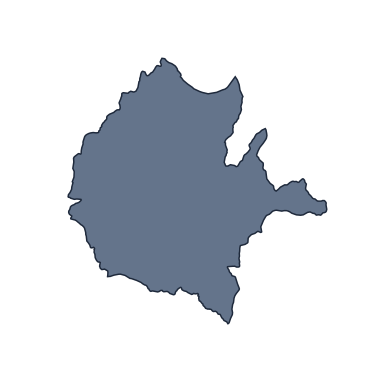 the district of Solok Selatan, Sumatera Barat, Indonesia, rotated 71°
{"feature_id": "22746128B25846553351835", "entity_name": "Solok Selatan", "entity_type": "district", "adm_level": 2, "iso_a3": "IDN", "parent_name": "Indonesia", "parent_adm1": "Sumatera Barat", "projection": "albers", "projection_center": [101.284, -1.364], "detail": "fine", "context": "isolated", "style": "filled", "palette": "slate", "viewbox_px": 384, "rotation_deg": 71, "n_neighbors": 0, "source": "geoboundaries", "source_scale": "gbopen_adm2", "svg_char_len": 6023}
<svg xmlns="http://www.w3.org/2000/svg" viewBox="0 0 384 384"><g transform="rotate(71 192 192)"><path d="M155.9,102.1L156.3,105.8L157.7,108.9L158.1,111.8L158.8,113.1L161.5,116.0L162.6,117.9L164.5,119.9L165.5,122.0L166.2,122.7L167.1,122.9L169.6,122.7L170.7,123.4L172.5,126.1L173.7,128.8L173.9,130.0L174.6,131.1L178.5,134.0L179.0,136.4L182.4,140.3L182.5,141.5L182.1,142.3L180.9,143.0L178.7,146.8L179.1,149.4L178.9,150.6L178.4,151.5L176.8,151.8L176.5,151.7L174.4,151.9L169.6,149.2L168.6,147.9L167.3,147.2L166.2,146.0L164.9,145.8L163.7,145.0L158.6,145.1L156.5,144.4L155.7,145.0L153.5,143.0L152.1,139.9L151.4,137.2L149.3,134.0L148.7,133.6L147.8,133.5L145.2,132.7L144.3,132.0L142.5,131.7L140.3,128.7L140.1,127.3L138.0,125.2L137.8,124.2L135.4,123.1L134.5,122.4L133.2,120.7L130.3,118.5L127.0,117.9L123.4,115.4L122.0,115.1L119.3,113.8L118.4,112.8L111.4,113.5L106.0,112.5L102.6,112.6L100.7,112.7L97.1,113.6L104.1,123.6L104.8,124.9L105.5,127.2L105.4,130.0L105.8,136.2L104.4,144.8L101.3,149.7L99.6,151.9L95.1,156.6L93.0,157.7L88.5,161.0L83.6,163.9L80.8,164.7L79.3,165.5L78.1,164.4L76.6,164.3L73.2,165.6L72.6,166.2L72.2,166.0L70.5,165.9L67.9,166.6L67.1,167.0L64.1,169.3L61.9,172.0L60.8,172.6L59.8,173.4L57.4,174.2L56.8,174.9L55.8,176.9L57.3,178.5L58.7,179.7L61.7,179.6L62.6,180.1L62.9,180.6L62.6,181.5L61.4,183.0L61.2,184.1L62.2,185.8L63.6,187.2L65.9,190.3L66.0,191.8L67.6,195.1L67.6,196.1L67.2,196.8L66.1,197.2L63.3,197.4L61.8,199.3L61.9,200.0L62.4,200.8L64.0,202.1L66.1,203.2L67.5,204.3L69.9,205.3L70.4,206.2L75.6,209.1L78.3,212.0L78.6,213.6L78.4,214.8L76.8,217.1L77.2,219.2L77.7,220.0L77.6,220.8L75.7,224.8L76.0,226.2L78.7,227.4L79.3,228.1L80.7,229.0L83.8,231.8L84.6,232.0L86.3,231.9L88.9,232.4L90.0,233.1L90.6,233.9L90.1,235.5L90.0,236.4L90.7,238.8L91.3,240.0L91.6,244.7L92.5,247.2L92.9,247.8L93.6,248.3L94.6,248.6L95.3,249.0L96.1,250.4L96.5,251.4L97.4,252.5L97.8,253.7L99.0,255.1L99.6,255.8L100.6,256.0L101.0,256.4L101.3,257.6L101.8,258.0L103.5,258.9L103.9,260.1L105.2,260.9L105.3,261.4L104.9,263.4L103.6,266.1L103.1,268.9L103.1,270.9L103.3,272.3L103.5,273.4L104.2,274.8L104.9,275.6L108.1,278.0L109.3,278.8L111.2,279.4L114.3,281.8L116.8,283.2L119.3,284.2L119.8,284.6L119.9,285.1L118.9,286.4L118.8,287.1L120.4,291.8L121.5,293.0L125.2,294.0L130.9,297.0L134.3,296.7L139.6,298.8L143.4,301.9L144.4,301.5L148.1,304.0L150.3,305.0L152.8,307.5L154.3,309.7L156.2,310.7L156.7,310.5L157.4,309.3L158.3,308.8L160.6,305.7L161.1,303.2L162.8,299.4L163.5,299.3L164.2,300.3L165.0,302.3L165.1,304.2L164.9,305.5L165.6,307.7L165.6,309.1L165.9,310.6L166.6,311.8L168.8,313.3L169.9,314.7L171.0,315.2L172.0,315.3L173.2,315.1L175.5,313.5L176.5,314.1L176.8,314.7L177.6,315.3L178.0,315.3L180.4,311.7L181.5,310.7L187.0,307.5L187.8,306.7L189.9,305.7L191.3,305.4L195.6,305.7L197.8,306.3L199.2,306.3L204.1,307.4L205.9,306.7L208.8,305.9L211.4,306.0L211.9,305.6L212.2,304.9L212.3,303.0L213.3,302.5L214.0,302.6L214.3,303.2L214.6,303.1L217.1,304.2L219.4,304.1L222.6,304.9L225.1,304.6L227.0,304.0L227.8,303.2L228.2,302.2L228.8,301.7L232.0,303.5L234.4,303.5L236.0,302.5L236.5,299.7L239.2,297.4L240.4,297.6L242.5,298.4L245.1,299.7L244.5,299.1L245.2,296.8L245.2,292.9L245.9,288.0L246.4,286.4L249.1,282.4L253.5,278.8L254.2,277.4L257.5,273.2L260.9,269.6L262.6,268.6L264.5,267.0L265.0,266.1L265.8,265.5L267.0,265.1L268.8,265.0L269.2,264.9L269.6,264.4L271.2,264.2L272.0,263.8L272.5,263.3L272.7,261.5L275.3,257.0L275.4,255.6L274.9,253.5L275.4,252.2L276.2,252.0L277.1,251.2L277.9,247.9L279.1,246.7L280.7,246.0L283.1,243.0L283.2,241.9L282.9,241.3L281.3,240.2L280.6,239.3L280.4,238.5L279.4,237.4L278.6,235.1L278.5,233.6L279.3,233.2L280.9,233.3L281.4,233.1L283.0,231.6L284.2,229.7L285.7,228.7L288.7,225.7L288.8,224.5L288.5,223.9L288.5,223.3L289.1,222.6L289.5,221.7L289.8,219.7L290.5,219.3L291.1,219.4L291.3,219.9L291.9,220.1L292.4,220.1L292.9,219.5L293.2,219.5L294.7,220.3L296.9,220.6L297.6,220.3L298.0,219.7L300.9,218.7L301.4,218.2L303.0,218.4L304.5,217.5L306.4,217.0L308.0,215.0L308.1,213.9L308.5,213.6L309.0,212.5L309.5,212.0L311.2,211.4L312.0,210.6L312.4,208.7L313.1,208.0L313.7,207.6L316.0,207.0L316.8,205.4L317.1,205.2L320.6,204.8L322.1,204.0L323.9,203.6L326.1,201.4L328.2,201.0L328.2,200.3L327.6,199.4L324.0,196.6L321.1,193.8L319.2,192.9L315.8,192.4L311.6,190.2L309.9,188.7L306.2,186.9L304.1,185.3L302.4,183.2L299.9,179.4L299.1,178.8L298.1,178.7L294.0,178.9L286.6,178.7L285.9,179.1L284.1,181.5L281.8,181.6L280.8,182.2L279.6,182.6L277.7,182.5L275.9,183.0L274.6,183.0L274.2,182.7L274.3,182.2L275.5,177.6L276.1,175.8L277.5,174.2L278.0,172.8L278.1,171.9L277.8,171.3L277.0,170.9L274.6,170.4L273.7,169.7L270.5,169.3L269.3,168.8L268.1,168.0L265.5,167.3L263.5,166.2L260.4,165.0L258.6,163.9L258.4,163.5L258.8,158.9L258.2,156.1L257.7,155.5L254.1,154.0L253.2,153.1L251.6,149.7L251.6,146.0L250.7,143.1L250.7,142.4L252.6,140.2L252.6,139.6L252.4,139.1L247.3,138.3L242.0,133.6L239.0,130.1L238.4,128.9L238.2,126.0L237.3,123.8L236.6,122.5L236.4,121.6L236.4,119.5L236.7,118.1L239.3,113.3L239.6,111.0L240.3,108.9L241.2,107.5L242.6,106.0L244.5,104.6L247.6,100.7L249.3,96.9L249.8,94.3L248.9,89.3L249.3,86.8L251.6,84.5L252.1,83.2L254.3,82.0L254.8,79.5L255.7,78.1L255.7,77.5L254.3,74.9L254.6,73.4L254.5,72.2L253.8,71.2L252.2,70.2L247.8,69.5L246.3,68.8L245.5,68.7L244.0,69.2L243.1,69.8L242.6,71.4L242.7,72.5L242.4,73.7L241.5,76.1L241.0,76.6L238.6,78.0L238.0,79.2L237.1,80.0L234.1,81.0L231.9,82.2L230.5,82.2L229.1,82.6L227.6,83.4L226.8,83.6L225.4,83.4L221.7,81.3L219.6,82.0L217.5,81.8L216.0,82.4L215.6,83.0L215.7,83.8L217.0,86.9L217.5,87.6L217.5,88.2L217.4,88.7L216.1,89.8L215.9,90.3L215.5,91.9L214.7,93.0L214.6,94.2L215.0,96.5L216.2,99.4L216.1,100.3L215.4,102.1L216.2,106.8L217.6,109.5L218.5,112.1L217.7,112.9L216.3,113.4L214.9,113.4L213.0,113.0L212.0,113.4L209.3,115.3L203.9,117.0L196.7,115.5L195.5,115.9L194.3,117.0L193.2,117.2L192.0,117.0L189.7,115.8L187.8,115.3L183.9,117.5L182.4,117.9L181.0,117.9L179.4,118.9L177.9,118.8L174.5,116.0L171.9,113.3L169.0,108.7L166.3,105.1L165.3,104.1L163.0,102.8L160.7,102.3L157.2,101.8L155.9,102.1Z" fill="#64748b" stroke="#1e293b" stroke-width="1.5"/></g></svg>